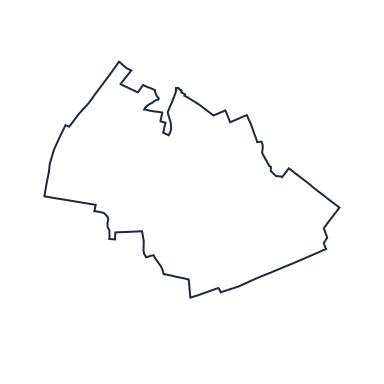 the district of Gaujani, Teleorman, Romania, rotated 128°
{"feature_id": "2599482B70071285458497", "entity_name": "Gaujani", "entity_type": "district", "adm_level": 2, "iso_a3": "ROU", "parent_name": "Romania", "parent_adm1": "Teleorman", "projection": "equal_earth", "projection_center": [25.703, 43.752], "detail": "fine", "context": "isolated", "style": "outline", "palette": "slate", "viewbox_px": 384, "rotation_deg": 128, "n_neighbors": 0, "source": "geoboundaries", "source_scale": "gbopen_adm2", "svg_char_len": 5917}
<svg xmlns="http://www.w3.org/2000/svg" viewBox="0 0 384 384"><g transform="rotate(128 192 192)"><path d="M286.3,305.6L263.9,264.5L261.4,260.0L267.2,257.1L265.5,254.3L264.7,252.8L264.1,251.6L263.3,249.7L263.2,249.5L263.0,249.1L262.8,248.6L262.8,248.3L262.8,247.9L262.8,247.7L262.9,247.2L263.0,246.6L263.1,245.9L263.2,245.3L263.3,244.5L263.5,244.0L263.7,243.3L263.8,242.8L264.2,242.0L264.6,241.7L265.1,241.2L265.5,240.9L266.3,240.5L267.1,240.2L267.6,240.0L268.0,239.7L268.8,239.2L269.4,238.8L270.1,238.2L270.4,237.9L271.1,237.3L271.6,236.7L271.9,236.4L272.0,236.1L272.2,235.7L272.3,235.4L272.5,234.9L272.6,234.6L272.8,234.0L273.0,233.7L273.3,233.4L273.7,232.8L275.0,232.0L276.8,230.4L279.9,228.2L276.8,223.5L271.0,227.5L261.5,216.3L253.7,207.2L260.3,199.9L268.2,194.0L269.6,192.5L269.8,192.3L270.0,191.9L270.2,191.7L270.3,191.4L270.4,191.1L270.5,190.7L270.7,190.2L270.9,189.8L271.1,189.2L271.2,188.9L271.4,188.6L271.6,188.3L271.7,188.1L271.6,187.8L270.9,187.3L270.2,186.8L269.7,186.5L268.8,186.0L268.5,185.7L268.1,185.5L267.6,185.1L267.0,184.6L266.5,184.2L265.9,183.7L265.6,183.5L265.5,183.3L265.6,183.1L265.8,182.5L266.2,181.7L266.7,180.8L267.0,180.0L267.5,178.5L267.5,178.3L268.1,176.4L268.3,175.6L268.6,174.6L268.8,173.8L269.6,170.9L270.1,170.0L270.6,168.9L271.8,167.0L272.8,165.6L273.6,164.6L274.0,164.0L274.1,163.9L273.6,162.7L273.5,162.8L273.4,162.7L272.7,161.1L271.1,157.8L270.3,156.1L269.6,154.6L268.8,152.7L267.2,149.6L266.8,148.8L265.8,146.7L265.4,146.0L264.9,145.0L264.4,143.9L264.0,142.9L263.7,142.4L263.5,141.9L263.2,141.3L262.9,140.8L263.1,140.6L263.6,140.1L264.1,139.7L264.6,139.2L265.2,138.6L265.7,138.2L266.6,137.3L267.0,136.9L267.4,136.5L267.7,136.2L268.3,135.7L268.8,135.2L269.2,134.9L270.3,133.9L272.8,131.5L273.9,130.5L276.2,128.2L269.9,123.9L268.8,123.1L267.0,122.0L265.6,121.2L264.3,120.3L262.2,118.9L260.8,118.1L259.1,117.0L257.9,116.3L256.5,115.4L255.5,114.7L253.5,113.5L252.8,113.0L251.7,112.3L251.5,112.2L251.6,111.8L251.7,111.3L251.9,110.6L252.1,109.8L252.3,109.5L252.5,109.0L252.9,108.5L253.1,108.1L253.4,107.6L249.9,105.3L243.8,101.2L238.2,97.4L236.4,96.4L230.3,93.2L226.4,91.2L221.1,88.4L214.1,84.5L213.9,84.4L213.1,83.9L211.7,83.1L210.2,82.2L208.6,81.3L207.2,80.4L205.5,79.5L204.4,78.9L204.0,78.7L202.6,77.9L201.4,77.2L200.2,76.5L197.9,75.2L196.6,74.5L195.5,73.9L194.4,73.3L192.6,72.2L190.2,70.9L188.4,69.9L187.1,69.1L183.9,67.3L159.1,53.8L158.0,53.3L156.8,52.6L155.5,51.9L154.4,51.2L154.1,51.9L153.6,52.7L153.2,53.5L152.4,54.8L151.9,55.6L151.5,56.4L151.4,56.5L151.2,56.7L149.9,56.8L147.8,57.0L146.6,57.2L145.7,57.2L145.0,57.3L144.8,57.3L144.5,57.8L143.9,58.6L143.1,60.0L141.7,62.2L141.1,63.2L140.5,64.1L139.4,65.9L139.1,65.9L136.9,65.9L135.1,66.0L132.7,66.0L130.9,66.1L129.1,66.1L127.0,66.1L124.5,66.1L122.5,66.1L121.2,66.1L119.3,66.1L118.3,66.1L116.8,66.2L115.1,66.2L113.5,66.2L113.6,70.4L113.6,74.3L113.7,77.5L113.7,79.5L113.7,81.2L113.7,84.6L113.7,87.9L113.8,91.8L113.8,95.4L113.8,98.0L113.8,99.8L113.7,101.2L113.5,103.5L113.6,113.9L113.7,126.3L113.7,130.3L118.6,130.2L125.0,130.2L125.0,131.4L127.7,135.7L127.0,142.8L123.6,145.4L123.9,147.0L121.6,152.6L118.2,160.6L116.6,161.7L113.6,163.5L111.2,165.5L109.5,168.3L112.6,171.3L110.9,173.6L108.1,178.2L102.2,187.5L97.7,196.2L98.2,196.4L100.5,197.8L113.5,204.8L107.2,215.9L118.5,222.2L118.6,231.7L118.7,239.2L118.8,240.5L119.4,246.7L120.2,253.8L120.5,255.8L120.8,257.2L120.6,257.2L119.8,257.4L119.6,257.5L119.4,257.6L120.0,261.7L119.9,262.1L119.7,262.3L118.9,262.4L118.7,262.5L118.4,263.0L118.8,265.6L118.8,266.4L118.3,266.8L118.5,267.1L118.8,266.9L119.9,268.6L122.0,267.2L121.9,266.9L122.3,266.8L123.2,266.4L124.4,265.9L125.2,265.7L126.1,265.4L126.3,265.3L127.5,264.9L128.1,264.7L129.0,264.4L129.7,264.3L130.1,264.2L130.9,263.9L132.4,263.4L132.7,263.4L133.4,263.1L134.9,262.7L136.0,262.5L136.8,262.3L137.4,262.1L138.4,261.9L139.9,261.4L140.8,261.1L142.4,260.7L142.7,260.6L143.6,260.4L143.9,260.2L144.2,260.1L144.5,259.7L145.0,259.2L145.5,258.5L145.9,258.0L146.5,257.2L147.0,256.4L147.1,256.2L147.4,255.8L147.8,255.3L148.4,254.5L148.5,254.3L148.7,254.0L149.1,253.3L149.9,252.2L150.2,251.9L150.8,251.1L151.8,250.2L152.7,249.3L153.1,249.0L153.1,248.9L154.1,248.2L154.5,247.8L155.1,247.4L155.7,247.1L157.0,246.5L159.1,245.8L160.6,245.5L160.8,245.5L161.6,245.4L161.6,245.5L162.1,247.3L162.4,248.5L162.7,250.1L162.9,250.9L163.0,251.2L162.8,251.3L162.7,251.4L162.6,251.5L162.4,251.5L159.3,252.9L159.1,253.1L156.9,254.1L154.8,255.1L153.8,255.5L153.7,255.6L154.8,258.2L155.4,259.5L155.5,259.9L155.7,260.2L155.7,260.4L155.6,260.5L154.7,260.9L154.6,261.0L151.8,262.3L151.5,262.4L151.4,262.5L148.3,264.0L147.8,264.2L147.8,264.3L147.7,264.4L148.0,264.9L149.6,267.8L150.8,269.8L153.7,275.0L154.6,276.7L154.7,277.0L155.2,278.2L155.5,279.0L155.7,279.6L155.9,279.9L156.4,280.4L154.8,280.8L154.4,280.8L153.9,280.8L153.0,280.5L152.0,280.4L151.4,280.3L149.8,279.9L149.4,279.8L148.6,279.4L148.1,279.2L147.5,278.9L146.6,278.5L146.2,278.3L145.3,278.0L144.7,277.9L143.4,277.7L143.2,277.6L142.9,277.5L142.6,277.3L141.9,276.9L141.3,276.4L140.5,275.9L140.2,275.6L139.9,275.6L139.7,275.5L139.4,275.5L139.0,275.6L138.9,275.8L138.6,276.1L138.6,276.5L138.4,277.1L138.3,277.7L138.2,278.4L138.0,279.1L137.8,279.5L137.3,280.3L136.9,280.9L136.3,282.1L136.0,282.6L135.7,282.9L135.4,283.2L135.1,283.4L134.5,283.7L134.9,285.5L135.0,285.6L135.3,287.2L135.4,287.4L135.8,289.3L136.8,291.6L137.0,292.9L137.8,296.4L140.3,296.3L145.3,296.0L146.8,296.0L147.0,296.7L147.6,299.4L148.4,302.7L149.1,306.0L149.6,308.2L150.2,310.9L150.8,313.5L150.9,314.0L150.9,314.8L139.6,314.7L133.6,314.6L134.3,317.8L134.6,319.2L134.7,320.6L134.6,323.1L134.4,326.2L134.2,329.1L134.3,329.8L148.1,329.1L159.1,328.9L159.5,328.9L160.6,328.8L162.7,328.8L173.4,328.6L185.3,328.1L200.2,329.2L214.4,329.0L215.5,329.1L216.3,329.1L217.1,332.8L229.1,330.3L243.7,326.8L257.0,321.6L264.9,316.8L268.8,314.8L269.2,314.7L270.1,314.2L278.2,310.1L286.3,305.6Z" fill="none" stroke="#1e293b" stroke-width="2"/></g></svg>